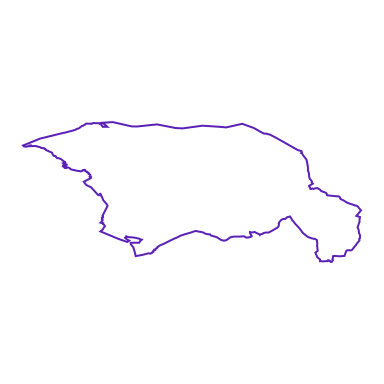 Tinn nor, Telemark, Norway
{"feature_id": "86288312B25517815255384", "entity_name": "Tinn nor", "entity_type": "district", "adm_level": 2, "iso_a3": "NOR", "parent_name": "Norway", "parent_adm1": "Telemark", "projection": "robinson", "projection_center": [8.504, 59.975], "detail": "fine", "context": "isolated", "style": "outline", "palette": "violet", "viewbox_px": 384, "rotation_deg": 0, "n_neighbors": 0, "source": "geoboundaries", "source_scale": "gbopen_adm2", "svg_char_len": 5782}
<svg xmlns="http://www.w3.org/2000/svg" viewBox="0 0 384 384"><path d="M357.6,227.4L359.2,222.5L359.5,222.2L359.5,220.0L360.0,217.0L356.4,215.9L361.0,210.3L359.0,208.1L357.6,206.3L356.6,205.8L355.6,205.5L354.8,205.4L353.6,204.9L347.5,202.9L343.0,200.1L340.6,199.1L340.0,197.9L340.0,197.4L338.6,196.3L336.7,196.3L327.1,195.3L326.8,194.8L326.9,194.2L326.0,192.8L321.3,191.1L319.8,189.5L317.1,188.0L315.1,188.4L313.5,188.9L312.6,188.5L312.0,188.6L310.9,189.1L310.4,189.0L310.2,188.5L310.1,187.7L309.9,187.2L309.3,186.6L309.1,185.8L312.8,183.7L312.6,183.5L312.4,183.6L312.2,183.3L312.1,182.8L311.9,182.5L312.0,182.4L311.8,181.3L309.7,178.6L309.2,177.0L309.0,173.6L308.5,171.9L307.9,170.8L308.1,170.3L307.9,168.6L307.9,166.5L307.6,165.8L307.4,163.9L306.6,160.1L306.1,159.1L304.2,156.7L302.7,154.7L302.0,153.3L301.3,153.0L301.9,152.5L301.5,151.7L301.6,151.4L301.5,151.1L300.2,150.8L299.6,150.4L298.4,150.4L276.4,138.0L269.9,134.6L268.8,134.4L266.1,133.6L264.0,133.6L261.7,132.4L253.8,128.0L242.2,123.8L226.3,127.4L216.6,126.6L202.5,125.7L182.5,128.4L175.5,128.0L156.9,124.4L137.1,126.5L131.7,126.4L112.7,122.1L102.1,122.8L103.1,123.4L103.3,123.6L104.6,124.2L105.0,124.8L106.5,125.9L106.7,126.4L107.2,126.8L103.0,126.8L103.0,126.6L102.4,126.3L102.2,125.9L101.8,125.6L101.3,124.7L100.8,124.3L100.1,124.1L98.8,123.3L98.2,123.2L95.8,123.2L93.4,123.0L92.5,123.3L92.4,123.5L91.0,123.9L90.9,123.7L86.3,123.6L85.3,124.2L85.2,124.5L84.1,125.0L83.1,125.7L81.7,126.1L81.3,126.5L80.2,127.2L79.9,127.6L78.4,128.6L77.6,128.6L74.6,130.1L64.7,132.7L63.0,133.0L40.1,138.6L23.0,145.5L23.3,145.9L23.7,146.1L23.8,146.3L25.3,146.7L26.7,146.7L27.5,146.3L29.1,146.2L29.3,146.1L29.4,145.6L29.9,145.4L30.1,145.4L29.8,145.8L29.9,146.1L30.5,146.2L34.2,146.0L36.7,146.2L37.5,146.6L39.8,147.1L40.6,147.5L41.1,147.9L41.6,147.9L41.7,148.0L42.8,148.1L43.1,148.2L43.6,148.1L44.4,148.4L44.4,148.7L45.3,149.0L45.5,149.2L45.4,149.5L45.5,149.6L46.3,149.9L46.5,150.3L48.4,151.0L48.7,151.3L49.6,151.6L50.2,152.0L50.8,152.1L51.5,152.4L51.8,152.8L52.2,153.0L52.5,154.1L52.8,154.5L53.0,154.9L53.4,155.4L53.7,155.5L53.7,155.8L55.7,156.2L56.1,156.9L56.2,157.2L57.0,158.1L57.9,158.3L58.4,158.2L58.8,158.2L61.3,159.3L61.9,159.8L62.5,160.5L63.0,160.6L63.7,161.3L64.2,161.5L64.6,161.7L64.8,162.0L65.1,162.0L65.3,162.5L65.3,162.9L63.7,163.0L63.4,163.1L63.6,163.2L63.5,163.4L64.5,163.5L64.8,163.9L65.6,164.3L66.0,164.3L66.7,164.6L66.8,164.9L66.7,165.0L66.3,165.2L65.7,165.0L63.8,165.2L63.3,165.5L63.0,165.9L63.1,166.1L62.9,166.3L63.1,166.5L63.5,166.7L64.3,166.5L65.9,167.0L65.8,167.4L65.3,167.0L64.6,167.3L64.4,167.5L64.7,167.9L66.0,167.7L65.9,168.0L66.5,168.0L66.6,167.9L66.2,167.8L66.5,167.5L66.9,167.4L68.4,167.5L70.0,168.4L70.3,168.9L70.9,169.3L72.9,169.9L74.2,170.1L75.5,170.5L76.8,170.6L77.5,170.9L79.4,171.0L80.5,171.4L81.7,171.2L82.1,171.0L81.9,170.8L82.2,170.5L83.1,170.0L84.8,169.8L85.0,169.9L84.8,170.3L84.6,170.4L85.2,171.0L87.0,171.7L86.9,172.2L88.1,172.6L88.1,172.8L88.4,173.4L88.9,173.5L88.7,174.0L88.8,174.1L90.1,174.6L90.3,174.9L90.4,175.4L90.2,175.7L90.1,176.4L90.4,176.6L90.0,176.8L90.9,177.4L91.0,177.9L83.8,181.8L86.1,184.9L91.2,187.4L98.3,195.2L100.2,193.8L100.8,194.3L100.9,194.6L100.8,195.1L100.7,195.6L101.7,196.3L103.4,200.4L105.3,202.5L107.5,205.3L107.4,206.2L102.7,215.4L102.9,215.5L102.9,215.8L102.7,216.1L103.0,216.4L102.9,217.0L103.0,217.3L102.6,217.4L102.6,217.6L101.9,217.9L102.1,218.4L102.1,218.8L102.3,219.1L102.1,219.3L102.5,219.8L102.3,220.1L102.5,220.5L101.8,221.0L101.5,221.5L101.3,221.8L101.1,222.5L100.8,222.7L101.2,222.8L101.4,222.7L101.8,222.9L102.1,222.9L102.0,223.1L102.4,223.2L102.1,223.4L102.5,223.3L102.7,223.6L103.0,223.7L103.3,224.0L103.2,224.2L104.0,224.8L104.9,226.0L104.8,226.6L103.8,227.5L102.7,229.6L100.4,231.4L118.2,238.8L127.2,242.0L129.2,240.7L126.6,239.2L125.1,237.8L125.6,237.3L126.1,237.3L126.3,236.3L128.0,237.1L132.7,237.4L136.4,238.0L139.4,238.8L139.9,239.1L141.6,239.6L141.8,239.7L140.0,241.1L139.6,242.3L139.2,242.7L130.7,242.8L130.7,244.1L133.3,247.3L134.8,252.2L135.7,256.1L142.5,254.9L148.4,253.3L150.6,253.7L151.2,253.1L152.1,252.8L152.1,252.5L152.5,252.4L152.7,251.8L153.3,251.7L153.1,251.2L153.6,250.5L154.1,250.4L154.3,250.1L154.7,250.0L154.6,249.9L154.5,249.6L155.2,249.5L155.7,249.0L156.1,248.8L156.4,248.5L156.4,248.3L156.9,248.1L156.9,247.9L157.3,247.6L157.2,247.5L157.6,246.8L160.2,245.3L164.6,243.4L170.2,240.6L174.8,238.4L176.8,237.6L180.5,235.7L185.7,234.0L190.4,232.7L195.0,231.1L196.5,231.0L198.4,231.6L200.9,231.9L203.3,232.5L205.1,233.6L207.1,234.1L210.1,234.4L210.7,235.4L216.8,237.2L221.2,240.0L224.1,240.7L224.7,240.4L226.0,240.4L230.2,237.4L233.5,236.6L239.6,236.6L243.5,236.3L244.3,236.4L246.2,237.6L248.3,237.5L251.6,236.5L251.7,235.9L250.1,233.5L250.0,232.1L251.8,232.4L252.8,232.4L254.7,231.9L255.1,232.3L256.7,233.1L259.3,234.3L259.9,235.1L260.5,234.4L262.7,233.8L263.4,233.1L265.3,232.6L266.8,232.5L268.6,232.5L269.0,232.4L272.3,230.6L275.6,228.6L277.2,227.8L278.4,226.5L278.7,225.9L279.0,223.9L278.7,223.4L279.3,222.2L279.6,221.7L281.6,219.7L283.1,219.0L285.3,218.9L287.2,217.2L290.1,216.5L292.1,219.8L295.4,224.0L299.3,228.1L302.8,232.9L307.6,236.8L311.8,238.4L315.1,239.0L316.9,240.1L317.3,243.2L317.1,245.7L317.7,250.8L315.4,252.6L317.3,257.2L320.0,259.4L320.0,261.2L321.7,261.2L322.7,261.4L326.5,261.1L327.6,261.2L327.8,261.0L327.6,260.6L327.8,260.3L328.0,260.2L329.1,260.5L329.3,260.7L329.5,261.1L330.3,261.2L330.6,261.8L331.8,261.9L333.0,260.1L332.4,259.6L332.6,258.6L333.1,257.2L332.9,256.9L333.1,256.1L334.5,255.9L339.6,256.3L344.5,255.9L346.2,251.0L346.9,250.4L347.4,250.2L350.9,250.4L351.9,250.0L353.4,248.2L355.3,245.7L356.0,245.0L356.4,244.2L359.0,241.0L359.5,240.2L359.2,239.0L359.9,238.2L360.1,235.3L359.0,233.1L358.9,232.3L358.7,230.2L358.4,229.1L357.8,228.1L357.6,227.4Z" fill="none" stroke="#5b21b6" stroke-width="2"/></svg>